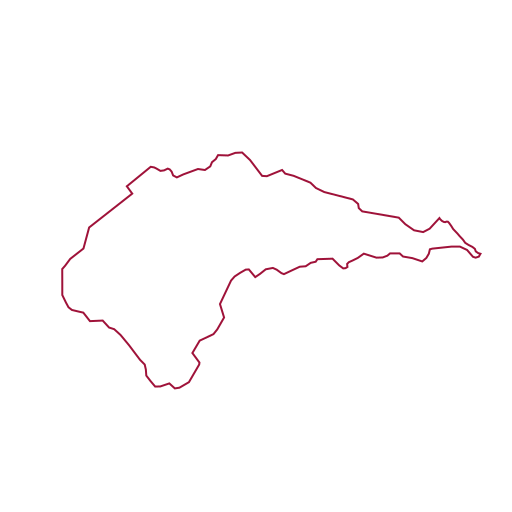 Sarandí Grande, Florida, Uruguay (Albers equal-area conic projection), rotated 143°
{"feature_id": "84410073B88525432493969", "entity_name": "Sarandí Grande", "entity_type": "district", "adm_level": 2, "iso_a3": "URY", "parent_name": "Uruguay", "parent_adm1": "Florida", "projection": "albers", "projection_center": [-56.374, -33.707], "detail": "fine", "context": "isolated", "style": "outline", "palette": "rose", "viewbox_px": 512, "rotation_deg": 143, "n_neighbors": 0, "source": "geoboundaries", "source_scale": "gbopen_adm2", "svg_char_len": 1912}
<svg xmlns="http://www.w3.org/2000/svg" viewBox="0 0 512 512"><g transform="rotate(143 256 256)"><path d="M75.4,122.7L76.8,124.6L77.7,127.4L76.9,130.0L77.7,133.0L79.6,136.9L81.0,140.6L80.9,143.7L80.9,144.7L81.4,149.2L81.6,152.7L82.0,156.1L82.3,158.7L82.3,159.1L82.0,162.4L81.9,166.2L82.1,167.9L83.3,168.9L84.4,169.1L85.4,170.0L86.4,172.1L86.8,174.8L86.7,175.9L100.9,173.3L108.1,174.5L114.3,181.4L117.6,191.5L118.9,200.7L144.3,227.7L145.1,232.4L143.1,236.1L144.6,242.9L163.0,266.0L167.2,274.2L168.4,281.8L177.7,297.4L183.1,304.2L183.4,309.0L199.3,313.2L202.9,316.3L203.0,336.2L204.8,347.0L210.4,350.8L217.8,353.1L225.6,359.4L229.8,357.6L234.7,357.4L238.6,355.1L245.0,355.4L250.0,360.4L264.9,364.9L271.9,366.4L273.7,370.2L272.6,374.2L272.8,377.1L273.9,378.9L277.9,379.7L281.1,381.5L282.9,385.8L284.0,388.0L286.4,390.6L317.2,389.4L317.3,380.3L372.1,379.2L389.3,365.8L406.1,365.5L414.3,363.1L418.6,362.2L426.9,351.1L434.2,341.4L435.8,333.2L436.6,327.9L435.5,323.7L431.3,318.6L428.0,314.7L427.8,303.9L417.3,296.7L416.4,287.3L413.3,282.9L411.7,274.4L411.1,261.2L411.1,242.9L410.2,236.3L412.3,231.6L415.6,226.5L415.5,219.6L415.1,212.4L410.9,209.4L401.9,206.4L400.5,199.1L396.4,196.9L385.5,195.6L366.7,203.5L365.3,204.9L365.2,216.8L351.9,222.3L337.0,219.2L331.1,220.7L318.5,226.1L313.7,239.3L290.7,251.4L285.4,252.5L278.7,252.1L272.4,251.3L269.8,249.6L269.3,239.6L263.6,239.3L256.2,239.5L249.7,236.3L247.7,232.6L246.0,227.0L244.6,224.7L235.4,222.8L227.5,221.1L222.5,217.9L216.4,217.6L211.8,215.5L208.9,216.5L196.5,207.8L195.2,198.4L193.8,193.6L191.8,192.4L189.6,192.2L188.0,194.8L185.6,195.2L181.7,194.3L175.9,193.2L168.5,193.0L160.8,182.2L155.7,178.6L150.9,177.2L147.4,177.4L139.7,171.6L138.9,167.1L132.4,160.2L126.5,151.6L121.2,151.9L116.6,153.8L113.1,156.7L110.8,155.8L104.8,152.2L94.3,145.9L87.5,140.8L83.8,133.8L83.2,124.8L81.6,122.5L78.4,121.4L75.4,122.7Z" fill="none" stroke="#9f1239" stroke-width="2"/></g></svg>